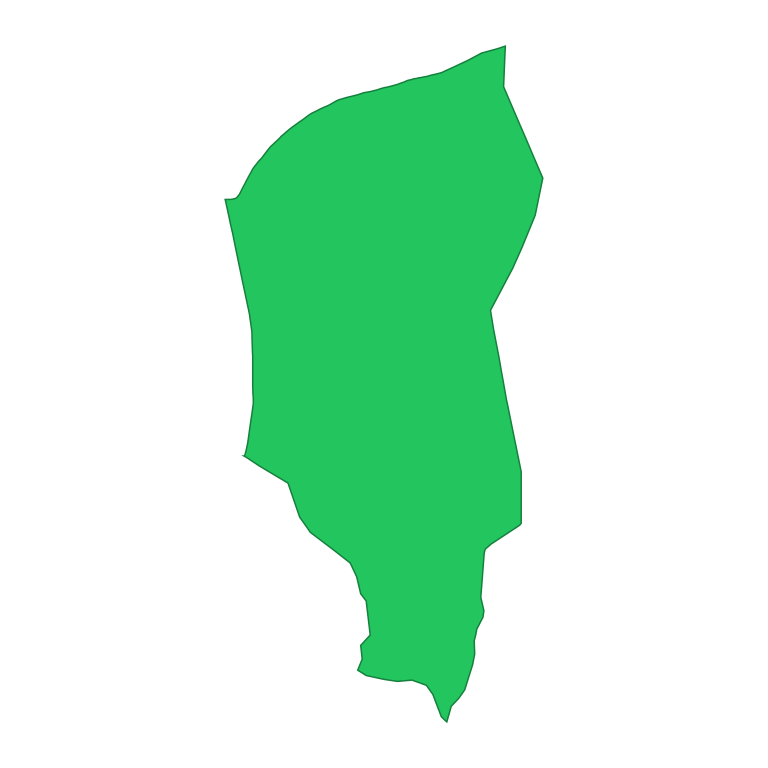 Ash Sharyah, Al Bayda', Yemen (Equal Earth projection)
{"feature_id": "15242507B68116415632307", "entity_name": "Ash Sharyah", "entity_type": "district", "adm_level": 2, "iso_a3": "YEM", "parent_name": "Yemen", "parent_adm1": "Al Bayda'", "projection": "equal_earth", "projection_center": [45.055, 14.284], "detail": "fine", "context": "isolated", "style": "filled", "palette": "green", "viewbox_px": 768, "rotation_deg": 0, "n_neighbors": 0, "source": "geoboundaries", "source_scale": "gbopen_adm2", "svg_char_len": 3232}
<svg xmlns="http://www.w3.org/2000/svg" viewBox="0 0 768 768"><path d="M520.0,524.8L521.2,523.3L521.2,493.6L521.2,471.7L513.9,436.0L510.4,418.7L507.0,402.0L506.7,401.0L503.0,380.1L501.4,371.3L498.8,356.3L496.5,344.5L494.6,334.7L493.4,328.3L490.5,310.3L512.6,268.5L521.2,249.3L521.7,248.2L523.5,243.8L530.5,226.8L535.2,215.2L542.8,178.1L531.8,152.5L531.0,150.6L526.7,140.4L525.1,136.7L515.2,113.8L503.6,86.7L504.7,60.2L505.3,46.5L505.3,46.1L497.2,48.8L481.7,53.0L467.6,60.5L441.6,72.6L439.5,73.2L437.5,73.7L435.4,74.2L433.3,74.7L431.4,75.1L429.5,75.6L427.4,76.3L425.2,76.7L422.6,77.2L420.5,77.6L418.4,77.9L416.3,78.5L414.1,78.7L412.0,79.4L410.1,79.9L408.0,80.3L406.0,81.1L404.2,82.0L402.0,82.7L399.5,83.6L399.4,83.7L397.4,84.4L395.4,85.0L393.1,85.6L390.5,86.3L388.2,86.9L386.2,87.3L384.1,87.7L381.6,88.4L379.3,89.1L378.2,89.5L377.0,89.9L374.5,90.5L372.0,91.2L369.5,91.7L366.4,92.3L364.3,92.6L362.3,93.2L359.9,94.0L357.9,94.7L355.9,95.2L353.9,95.7L351.3,96.4L349.0,96.9L346.6,97.5L344.6,98.1L342.7,98.7L340.4,99.3L338.3,100.0L336.2,101.0L334.2,102.1L332.0,103.4L329.9,104.6L328.0,105.6L326.1,106.4L324.1,107.2L322.2,108.1L320.1,109.0L318.0,110.2L316.0,111.2L313.9,112.2L311.8,113.2L311.1,113.7L310.0,114.3L307.2,116.3L305.4,117.7L303.5,119.1L301.7,120.4L299.7,121.7L297.4,123.4L295.4,124.8L294.8,125.3L293.2,126.4L291.2,127.9L289.2,129.5L286.9,131.4L284.9,133.1L283.2,134.7L281.4,136.1L279.9,137.8L278.3,139.4L276.5,141.1L274.3,143.1L272.5,144.9L270.8,146.4L269.4,148.0L269.1,148.4L267.7,150.1L265.9,152.5L264.5,154.3L263.1,156.2L261.3,158.5L259.4,160.4L257.8,162.3L256.4,164.1L254.7,166.2L253.7,167.6L253.3,168.1L252.7,169.1L252.1,170.2L250.8,172.6L249.4,175.1L248.1,177.5L246.9,179.7L245.7,182.1L244.6,184.3L243.0,187.2L241.8,189.5L240.6,192.0L239.4,194.3L238.0,196.1L236.4,198.0L234.5,198.7L234.0,198.8L232.4,199.2L231.8,199.3L230.6,199.4L228.3,199.4L225.5,199.5L225.2,199.5L226.2,204.0L229.5,219.2L229.5,219.5L230.4,223.6L231.8,229.8L232.2,231.6L232.3,231.6L235.1,245.7L242.4,280.9L249.4,313.9L251.9,331.7L252.0,334.3L252.0,337.7L252.1,340.7L252.2,343.5L252.3,347.1L252.4,350.3L252.5,353.0L252.7,355.9L252.7,358.7L252.7,361.9L252.7,365.2L252.7,367.8L252.7,371.2L252.7,374.1L252.7,377.3L252.7,379.8L252.7,382.6L252.7,385.4L252.8,388.8L252.9,391.3L252.9,393.8L253.2,396.7L253.3,400.2L253.3,403.3L253.3,403.5L251.5,416.6L251.0,419.5L247.7,443.1L247.1,445.7L246.5,448.8L245.9,451.3L245.3,453.8L244.4,456.0L244.0,456.0L245.8,457.0L258.6,465.5L265.7,469.8L288.0,483.1L295.0,503.5L299.7,517.2L300.5,518.3L306.4,526.6L310.4,532.4L335.3,551.3L350.3,563.1L356.7,576.8L360.7,593.8L366.2,601.0L370.2,635.0L360.7,645.4L362.2,659.1L357.7,670.2L366.2,675.5L367.9,675.9L384.1,679.4L397.5,681.4L412.0,680.1L426.4,685.3L432.9,694.5L436.2,703.2L437.2,705.8L437.9,707.6L438.5,709.4L438.7,709.7L439.2,711.0L440.0,713.2L440.8,715.2L441.3,716.7L442.5,717.8L443.8,719.1L444.9,720.2L446.1,721.3L446.8,721.9L447.7,718.8L448.2,716.9L448.7,715.3L449.0,714.3L449.5,712.5L450.0,710.6L450.2,709.9L450.5,708.8L451.3,706.2L458.7,698.4L464.7,689.9L472.7,664.4L474.7,654.0L474.2,640.9L475.7,635.0L476.8,629.1L483.0,617.1L483.9,610.7L480.8,597.4L484.2,553.4L485.1,549.3L491.2,544.0L519.7,525.2L520.0,524.8Z" fill="#22c55e" stroke="#15803d" stroke-width="1.5"/></svg>